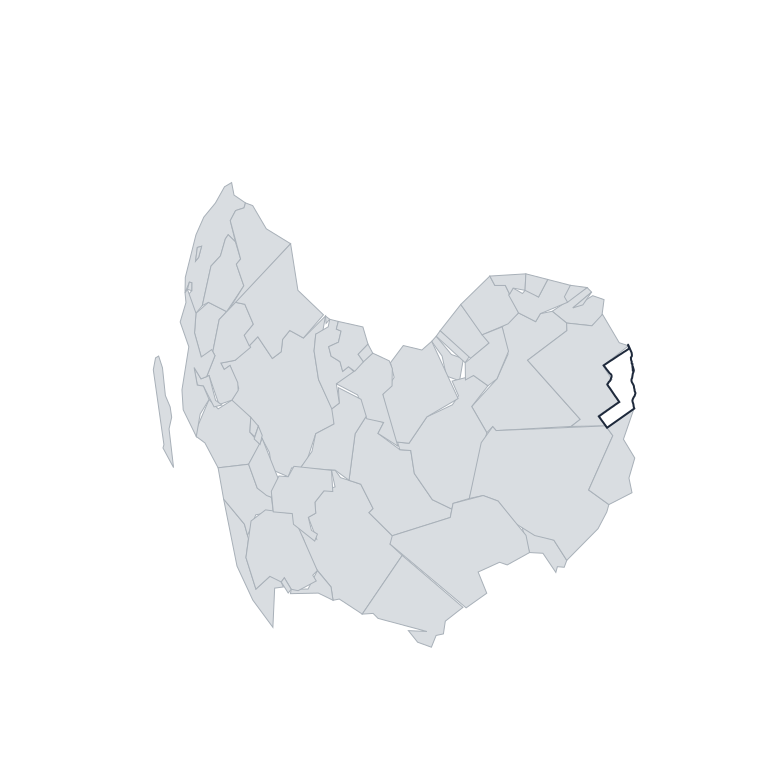 Africa, with Western Sahara highlighted, rotated 146°
{"feature_id": "ESH", "entity_name": "Western Sahara", "entity_type": "country or territory", "adm_level": 0, "iso_a3": "ESH", "parent_name": "Africa", "parent_adm1": "", "projection": "orthographic", "projection_center": [-13.3, 24.236], "detail": "fine", "context": "in_parent", "style": "outline", "palette": "slate", "viewbox_px": 768, "rotation_deg": 146, "n_neighbors": 49, "source": "natural_earth", "source_scale": "50m", "svg_char_len": 11918}
<svg xmlns="http://www.w3.org/2000/svg" viewBox="0 0 768 768"><g transform="rotate(146 384 384)"><path d="M541.1,393.2L568.4,407.3L565.4,435.3L569.0,445.4L564.4,451.7L537.7,469.0L535.4,456.1L519.1,455.7L513.7,445.1L513.1,430.9L522.1,419.1L520.6,403.2L541.1,393.2Z" fill="#d9dde1" stroke="#a8b0b8" stroke-width="1"/><path d="M513.1,430.9L519.1,455.7L506.8,461.7L501.3,485.5L508.4,485.4L507.6,492.6L494.1,486.9L462.2,493.7L462.3,467.6L451.2,468.2L443.1,477.7L432.2,481.1L425.1,467.2L394.5,473.1L405.6,461.6L412.7,463.5L423.5,450.5L435.8,424.3L441.6,387.0L447.8,378.8L468.4,381.0L489.4,364.6L500.5,361.0L507.5,366.1L515.3,360.7L525.0,375.8L517.3,391.2L513.1,430.9Z" fill="#d9dde1" stroke="#a8b0b8" stroke-width="1"/><path d="M581.3,378.3L578.1,345.8L583.0,331.4L595.5,317.3L604.9,285.6L586.2,288.4L579.4,280.7L580.9,272.0L588.8,275.9L612.2,244.4L613.6,278.2L607.7,315.2L581.3,378.3Z" fill="#d9dde1" stroke="#a8b0b8" stroke-width="1"/><path d="M568.4,407.3L541.1,393.2L547.3,368.5L540.7,353.0L547.3,339.9L563.4,347.3L581.9,334.6L578.1,345.8L581.3,378.3L568.4,407.3Z" fill="#d9dde1" stroke="#a8b0b8" stroke-width="1"/><path d="M480.6,343.5L475.3,341.6L472.7,340.0L472.4,330.7L459.3,313.9L462.7,286.8L468.4,285.7L461.4,250.2L468.5,247.9L464.8,231.7L530.7,205.4L541.3,230.7L547.2,233.2L541.4,245.4L544.1,273.8L537.0,302.2L537.5,318.3L526.6,293.0L521.3,315.8L512.8,315.1L507.4,324.6L493.6,329.0L482.1,326.1L475.8,341.8L480.6,343.5Z" fill="#d9dde1" stroke="#a8b0b8" stroke-width="1"/><path d="M462.0,253.6L468.4,285.7L462.7,286.8L459.3,313.9L466.9,323.7L435.8,358.9L416.8,367.2L405.8,352.3L416.6,346.4L407.6,320.7L399.0,313.9L408.9,292.8L408.6,261.0L397.7,242.3L403.7,236.3L462.0,253.6Z" fill="#d9dde1" stroke="#a8b0b8" stroke-width="1"/><path d="M397.6,611.6L401.6,608.3L410.0,610.8L420.1,605.4L427.7,585.0L429.7,594.9L434.4,593.0L447.9,581.7L461.5,578.5L490.8,550.6L500.3,547.8L499.4,558.9L495.2,567.8L491.2,568.9L486.7,575.5L488.4,577.3L498.0,570.8L489.1,583.5L456.5,612.8L440.1,623.1L422.6,628.3L405.9,636.7L397.7,636.2L402.7,624.5L397.6,611.6ZM471.5,591.3L466.9,592.6L458.2,600.2L462.4,601.6L471.5,591.3Z" fill="#d9dde1" stroke="#a8b0b8" stroke-width="1"/><path d="M471.5,591.3L462.4,601.6L458.2,600.2L466.9,592.6L471.5,591.3Z" fill="#d9dde1" stroke="#a8b0b8" stroke-width="1"/><path d="M500.3,547.8L483.9,549.9L474.0,532.0L484.6,529.6L507.8,506.6L520.4,508.6L512.5,532.3L500.3,547.8Z" fill="#d9dde1" stroke="#a8b0b8" stroke-width="1"/><path d="M490.8,550.6L461.5,578.5L447.9,581.7L434.4,593.0L429.7,594.9L427.7,585.0L433.0,567.8L439.4,565.9L445.3,543.8L474.0,532.0L483.9,549.9L490.8,550.6Z" fill="#d9dde1" stroke="#a8b0b8" stroke-width="1"/><path d="M433.0,567.8L420.1,605.4L410.0,610.8L401.6,608.3L397.6,611.6L393.1,605.3L394.8,578.5L383.0,552.5L473.1,531.4L445.3,543.8L439.4,565.9L433.0,567.8Z" fill="#d9dde1" stroke="#a8b0b8" stroke-width="1"/><path d="M161.6,340.5L154.4,330.9L166.7,317.0L179.1,316.0L198.5,332.4L203.9,350.2L161.7,350.4L160.5,344.1L184.9,341.5L161.6,340.5Z" fill="#d9dde1" stroke="#a8b0b8" stroke-width="1"/><path d="M203.9,350.2L198.5,332.4L202.5,326.0L251.7,323.4L241.1,245.0L252.6,244.2L317.1,282.7L317.7,287.9L326.0,286.1L323.9,316.3L287.5,325.1L264.6,339.3L254.1,365.3L232.7,367.7L223.4,350.9L215.0,354.9L203.9,350.2Z" fill="#d9dde1" stroke="#a8b0b8" stroke-width="1"/><path d="M160.0,279.0L192.2,276.6L192.6,260.2L199.8,259.4L199.3,238.0L224.0,238.0L223.6,225.3L252.6,244.2L241.1,245.0L251.7,323.4L202.5,326.0L198.5,332.4L179.1,316.0L163.9,319.6L165.9,286.7L160.0,279.0Z" fill="#d9dde1" stroke="#a8b0b8" stroke-width="1"/><path d="M320.6,392.7L314.0,394.4L311.6,370.7L304.0,360.6L319.6,344.4L327.8,355.7L320.2,374.7L320.6,392.7Z" fill="#d9dde1" stroke="#a8b0b8" stroke-width="1"/><path d="M397.7,242.3L408.6,261.0L408.9,292.8L399.0,313.9L407.6,320.7L405.3,328.3L396.4,320.9L366.8,332.8L338.9,328.5L328.8,332.6L325.9,348.3L305.0,341.0L298.8,324.4L323.9,316.3L326.0,286.1L377.3,241.4L393.5,246.4L397.7,242.3Z" fill="#d9dde1" stroke="#a8b0b8" stroke-width="1"/><path d="M320.6,392.7L330.7,330.5L366.8,332.8L396.4,320.9L408.5,330.9L390.8,376.1L371.9,383.8L366.8,398.0L346.5,405.1L333.6,391.0L320.6,392.7Z" fill="#d9dde1" stroke="#a8b0b8" stroke-width="1"/><path d="M407.3,324.7L416.6,346.4L405.8,352.3L417.7,364.8L412.0,389.7L423.4,410.8L376.1,415.9L366.7,400.2L368.5,392.1L378.4,377.9L390.8,376.1L407.3,324.7Z" fill="#d9dde1" stroke="#a8b0b8" stroke-width="1"/><path d="M304.8,356.2L314.0,394.4L307.6,396.8L297.3,359.3L304.8,356.2Z" fill="#d9dde1" stroke="#a8b0b8" stroke-width="1"/><path d="M297.8,356.7L307.6,396.8L275.9,407.0L274.0,359.2L297.8,356.7Z" fill="#d9dde1" stroke="#a8b0b8" stroke-width="1"/><path d="M232.7,367.7L247.5,364.5L275.2,369.9L275.9,407.0L235.9,414.3L237.0,403.7L228.3,397.9L232.7,367.7Z" fill="#d9dde1" stroke="#a8b0b8" stroke-width="1"/><path d="M186.1,349.1L215.0,354.9L223.4,350.9L232.7,367.7L230.9,388.1L223.3,391.3L218.6,381.6L212.5,383.3L207.3,369.7L189.8,379.1L174.3,361.6L186.1,349.1Z" fill="#d9dde1" stroke="#a8b0b8" stroke-width="1"/><path d="M161.7,350.4L186.1,349.1L185.7,355.4L174.3,361.6L161.7,350.4Z" fill="#d9dde1" stroke="#a8b0b8" stroke-width="1"/><path d="M229.6,388.2L228.3,397.9L237.0,403.7L235.9,414.3L204.8,396.0L214.7,382.8L223.3,391.3L229.6,388.2Z" fill="#d9dde1" stroke="#a8b0b8" stroke-width="1"/><path d="M189.8,379.1L207.3,369.7L214.7,382.8L204.8,396.0L189.8,379.1Z" fill="#d9dde1" stroke="#a8b0b8" stroke-width="1"/><path d="M254.1,365.3L262.5,341.5L287.5,325.1L298.8,324.4L305.0,341.0L314.2,341.8L304.8,356.2L274.0,359.2L275.2,369.9L254.1,365.3Z" fill="#d9dde1" stroke="#a8b0b8" stroke-width="1"/><path d="M500.5,361.0L481.4,368.4L468.4,381.0L447.8,378.8L441.2,392.6L431.7,393.2L423.9,406.5L411.6,384.1L416.8,367.2L435.8,358.9L466.9,323.7L472.7,340.0L500.5,361.0Z" fill="#d9dde1" stroke="#a8b0b8" stroke-width="1"/><path d="M441.2,392.6L435.8,424.3L423.5,450.5L412.7,463.5L398.3,462.6L392.8,468.0L386.9,461.4L392.8,456.2L390.0,451.9L398.4,444.1L409.0,445.9L412.3,436.6L408.0,427.1L411.2,417.6L403.8,418.2L402.1,411.2L423.4,410.8L431.7,393.2L441.2,392.6Z" fill="#d9dde1" stroke="#a8b0b8" stroke-width="1"/><path d="M388.6,413.9L401.2,410.9L403.8,418.2L411.2,417.6L408.0,427.1L412.3,436.6L409.0,445.9L398.4,444.1L390.0,451.9L392.8,456.2L386.9,461.4L369.6,443.1L375.0,426.0L388.8,423.1L388.6,413.9Z" fill="#d9dde1" stroke="#a8b0b8" stroke-width="1"/><path d="M376.1,415.9L388.6,413.9L388.8,423.1L375.0,426.0L376.1,415.9Z" fill="#d9dde1" stroke="#a8b0b8" stroke-width="1"/><path d="M519.1,455.7L532.3,459.2L524.3,488.8L526.9,489.3L508.3,502.0L507.8,506.6L484.6,529.6L461.4,534.7L454.8,527.9L458.9,506.6L472.6,502.5L474.0,489.0L494.1,486.9L507.6,492.6L508.4,485.4L501.3,485.5L504.5,466.9L508.5,460.2L519.1,455.7Z" fill="#d9dde1" stroke="#a8b0b8" stroke-width="1"/><path d="M530.1,457.2L537.7,460.1L534.9,483.3L539.4,487.5L532.2,503.9L532.8,490.6L524.3,488.8L532.8,464.6L530.1,457.2Z" fill="#d9dde1" stroke="#a8b0b8" stroke-width="1"/><path d="M537.7,469.0L553.2,461.9L569.0,445.4L564.9,474.9L554.8,492.1L525.0,524.0L518.3,549.4L502.6,562.3L498.0,570.8L494.0,572.4L500.3,547.8L512.5,532.3L520.4,508.6L507.6,508.9L508.3,502.0L526.9,489.3L532.8,490.6L532.2,503.9L539.4,487.5L534.9,483.3L537.7,469.0Z" fill="#d9dde1" stroke="#a8b0b8" stroke-width="1"/><path d="M494.0,572.4L488.4,577.3L486.7,575.5L491.2,568.9L494.0,572.4Z" fill="#d9dde1" stroke="#a8b0b8" stroke-width="1"/><path d="M392.8,468.0L398.2,466.6L394.5,473.1L392.8,468.0ZM395.5,475.2L425.1,467.2L432.2,481.1L443.1,477.7L451.2,468.2L462.3,467.6L462.2,493.7L474.4,491.0L472.6,502.5L458.9,506.6L454.8,527.9L461.4,534.7L383.0,552.5L403.0,509.8L395.5,475.2Z" fill="#d9dde1" stroke="#a8b0b8" stroke-width="1"/><path d="M520.7,412.7L522.1,419.1L513.1,430.9L511.7,419.3L520.7,412.7Z" fill="#d9dde1" stroke="#a8b0b8" stroke-width="1"/><path d="M605.2,432.4L603.0,454.6L600.4,456.7L567.3,524.8L558.8,533.4L555.2,533.2L558.6,521.3L571.7,496.7L574.1,484.6L578.6,475.2L587.3,467.0L605.2,432.4Z" fill="#d9dde1" stroke="#a8b0b8" stroke-width="1"/><path d="M160.5,344.1L174.9,338.4L184.9,341.5L160.5,344.1Z" fill="#d9dde1" stroke="#a8b0b8" stroke-width="1"/><path d="M349.6,188.3L330.5,159.5L331.1,135.6L337.1,131.3L342.4,135.6L346.9,131.7L346.9,154.8L357.6,162.9L349.6,188.3Z" fill="#d9dde1" stroke="#a8b0b8" stroke-width="1"/><path d="M223.6,225.3L223.2,213.2L273.6,181.7L265.0,158.3L270.9,153.3L287.4,144.4L331.1,135.6L330.5,159.5L343.8,174.1L353.2,195.2L354.9,223.2L364.2,236.1L377.3,241.4L336.2,281.0L317.7,287.9L317.1,282.7L223.6,225.3Z" fill="#d9dde1" stroke="#a8b0b8" stroke-width="1"/><path d="M543.6,266.6L541.4,245.4L547.2,233.2L555.4,247.4L578.8,262.5L575.7,265.7L561.6,256.5L543.6,266.6Z" fill="#d9dde1" stroke="#a8b0b8" stroke-width="1"/><path d="M190.8,223.6L216.4,204.3L217.5,182.4L233.5,169.1L239.2,155.2L265.0,158.3L273.6,181.7L223.2,213.2L223.6,223.0L190.8,223.6Z" fill="#d9dde1" stroke="#a8b0b8" stroke-width="1"/><path d="M530.7,205.4L464.8,231.7L443.4,154.7L465.8,153.1L474.5,143.6L481.4,146.4L491.9,139.3L500.5,151.1L501.7,165.9L486.8,154.8L520.0,193.0L521.3,199.9L530.7,205.4Z" fill="#d9dde1" stroke="#a8b0b8" stroke-width="1"/><path d="M441.1,152.5L468.5,247.9L462.0,253.6L403.7,236.3L393.5,246.4L364.2,236.1L354.9,223.2L350.9,179.1L357.6,162.9L383.0,165.1L387.9,171.6L411.1,175.5L415.8,153.1L441.1,152.5Z" fill="#d9dde1" stroke="#a8b0b8" stroke-width="1"/><path d="M604.9,285.6L595.5,317.3L570.8,344.8L552.6,345.9L532.5,327.9L543.6,266.6L550.0,265.3L550.3,258.6L570.8,260.7L575.7,265.7L575.0,279.1L579.9,277.3L586.2,288.4L604.9,285.6Z" fill="#d9dde1" stroke="#a8b0b8" stroke-width="1"/><path d="M575.7,265.7L580.3,264.3L579.9,277.3L575.0,279.1L575.7,265.7Z" fill="#d9dde1" stroke="#a8b0b8" stroke-width="1"/><path d="M541.1,393.2L515.5,406.7L524.9,363.4L540.7,353.0L543.7,357.2L547.3,368.5L541.1,393.2Z" fill="#d9dde1" stroke="#a8b0b8" stroke-width="1"/><path d="M520.6,403.2L522.4,411.0L511.7,419.3L513.7,409.5L520.6,403.2Z" fill="#d9dde1" stroke="#a8b0b8" stroke-width="1"/><path d="M522.5,366.5L515.3,360.7L504.7,366.1L475.8,341.8L486.6,323.5L493.6,329.0L507.4,324.6L512.8,315.1L521.3,315.8L526.0,303.2L523.1,296.8L529.3,292.5L537.5,318.3L532.5,327.9L547.3,339.9L537.4,358.1L522.5,366.5Z" fill="#d9dde1" stroke="#a8b0b8" stroke-width="1"/><path d="M223.6,226.2L223.7,227.6L223.7,229.3L223.8,230.9L223.9,232.8L223.9,234.7L224.0,236.0L224.0,237.0L222.5,237.0L221.1,237.1L219.7,237.1L218.3,237.2L216.9,237.2L215.5,237.2L214.1,237.3L212.7,237.3L211.3,237.3L209.9,237.4L208.5,237.4L207.1,237.4L205.7,237.4L204.3,237.5L202.9,237.5L201.5,237.5L200.1,237.5L199.0,237.5L199.0,238.5L199.0,239.7L199.0,240.8L199.0,241.9L199.0,243.1L199.1,244.2L199.1,245.4L199.1,246.5L199.1,247.6L199.1,248.8L199.1,249.9L199.1,251.1L199.1,252.2L199.1,253.3L199.1,254.5L199.2,255.6L199.2,256.8L199.2,257.8L199.1,258.7L198.7,259.0L197.6,259.4L196.5,260.0L195.0,260.2L194.6,260.4L193.6,261.0L192.4,261.9L191.4,262.6L190.7,263.6L190.5,264.1L190.4,264.7L190.4,265.2L190.8,266.3L190.9,266.8L191.0,267.8L191.0,268.8L191.1,269.9L191.2,271.0L191.3,272.2L191.3,273.4L191.4,274.6L191.5,275.5L191.5,276.6L190.4,276.6L188.6,276.6L186.8,276.6L185.0,276.6L183.2,276.6L181.4,276.5L179.6,276.5L177.9,276.5L176.1,276.5L174.3,276.5L172.5,276.5L170.7,276.4L168.9,276.4L167.1,276.4L165.4,276.3L163.6,276.3L161.8,276.3L160.8,276.2L160.4,277.8L160.1,278.9L159.9,279.8L160.0,280.6L159.7,280.1L160.4,275.8L160.5,275.5L161.2,271.5L162.3,269.3L163.1,268.4L164.5,267.9L165.7,265.8L166.2,263.8L167.0,262.9L167.2,262.1L166.9,261.6L167.7,260.5L168.6,258.9L169.1,257.8L170.1,256.2L170.3,255.8L170.2,255.4L169.8,255.8L169.3,256.4L168.8,256.8L169.0,256.2L169.4,255.4L170.4,254.5L171.9,253.5L175.0,250.2L176.1,249.6L177.1,248.2L177.5,246.9L177.7,244.0L178.0,242.5L178.7,241.3L179.5,239.1L180.1,238.1L180.5,236.1L181.0,235.4L181.7,235.0L182.8,234.0L184.4,233.4L186.4,232.2L187.3,231.4L187.9,230.2L188.5,227.9L189.7,225.5L190.2,223.7L190.3,223.7L223.5,223.0L223.6,224.5L223.6,226.2Z" fill="none" stroke="#1e293b" stroke-width="2"/></g></svg>